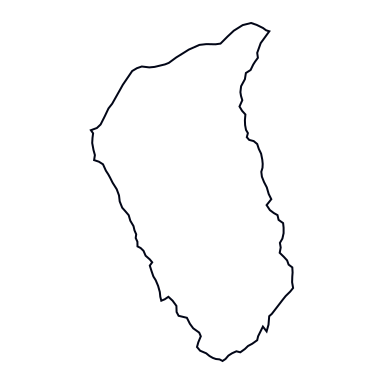 the district of Populina, São Paulo, Brazil
{"feature_id": "56859067B62148910321477", "entity_name": "Populina", "entity_type": "district", "adm_level": 2, "iso_a3": "BRA", "parent_name": "Brazil", "parent_adm1": "São Paulo", "projection": "natural_earth1", "projection_center": [-50.511, -19.908], "detail": "fine", "context": "isolated", "style": "outline", "palette": "ink", "viewbox_px": 384, "rotation_deg": 0, "n_neighbors": 0, "source": "geoboundaries", "source_scale": "gbopen_adm2", "svg_char_len": 2070}
<svg xmlns="http://www.w3.org/2000/svg" viewBox="0 0 384 384"><path d="M90.9,130.2L93.1,133.3L92.5,137.9L92.2,143.0L93.5,150.0L94.9,155.1L94.1,160.1L98.9,161.7L103.0,164.3L105.9,170.7L108.3,174.4L110.1,177.7L112.6,182.7L116.7,189.2L119.0,195.4L119.7,201.4L122.2,207.7L125.4,211.3L128.7,215.2L130.3,220.7L133.5,226.1L134.5,230.4L136.2,234.3L135.7,238.0L137.4,241.7L137.5,246.4L140.6,248.0L143.5,250.8L145.6,255.7L149.8,259.4L152.2,262.3L149.8,265.6L151.5,271.0L153.4,276.5L155.7,280.2L158.1,285.9L159.8,292.0L160.3,296.8L161.3,300.7L164.7,299.3L168.4,296.8L172.6,300.7L176.4,305.9L176.6,312.0L178.6,315.8L186.9,317.8L189.9,323.8L193.2,328.3L199.2,332.6L200.8,336.3L198.3,342.3L197.0,347.0L200.1,350.7L206.2,353.3L209.5,356.0L212.8,357.9L215.9,359.0L219.6,359.4L222.5,361.0L225.5,359.0L228.4,355.6L232.0,353.3L236.4,351.3L240.3,352.3L244.9,349.0L248.0,346.0L252.3,343.7L257.2,340.2L258.1,336.3L262.9,326.6L266.6,331.4L268.5,324.7L269.2,316.2L271.8,313.9L275.2,309.5L282.9,299.5L285.7,296.0L290.2,291.6L293.1,288.0L292.1,282.2L292.3,276.4L292.6,272.6L292.3,267.4L288.6,264.6L287.1,260.4L283.9,256.9L279.7,252.8L280.7,247.5L279.9,242.9L282.4,238.6L283.6,233.2L283.6,227.7L283.1,223.1L278.6,219.9L277.5,215.1L273.9,213.1L269.9,210.1L266.6,205.1L271.3,199.2L268.7,194.0L266.8,187.4L264.0,182.0L261.9,176.7L261.3,171.8L262.5,167.8L262.7,163.9L262.3,159.8L261.1,153.7L258.8,148.9L257.2,144.0L253.7,141.1L249.2,139.9L246.8,137.2L247.9,133.1L246.0,129.9L245.1,125.1L244.9,120.3L245.4,114.5L242.0,110.7L239.5,106.5L242.3,100.2L241.0,95.9L240.4,92.2L241.1,86.2L244.9,79.2L245.9,73.0L250.6,70.0L253.2,64.6L255.1,61.6L257.9,57.8L257.2,52.9L258.8,48.4L260.7,43.1L264.5,37.9L269.3,31.3L266.1,30.3L263.0,28.0L256.7,24.9L251.1,23.0L242.7,25.1L233.8,30.7L230.5,33.8L227.7,36.4L220.5,43.6L215.5,44.3L206.4,44.1L199.4,44.9L188.8,49.6L183.9,52.7L176.3,57.4L168.8,62.9L165.0,64.4L154.6,66.9L149.3,67.4L141.8,66.5L136.9,68.2L132.2,71.0L122.8,84.8L120.2,89.5L118.1,93.2L112.2,103.7L108.5,108.4L104.8,116.2L100.6,124.5L96.9,128.0L90.9,130.2Z" fill="none" stroke="#020617" stroke-width="2"/></svg>